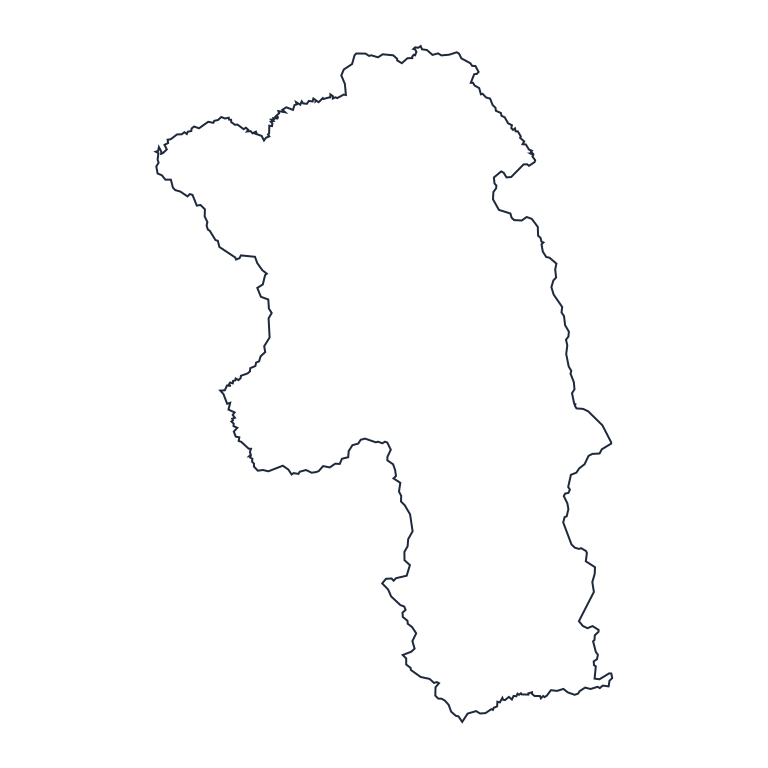 outline of Omkoi, Chiang Mai, Thailand
{"feature_id": "78962969B68352553726787", "entity_name": "Omkoi", "entity_type": "district", "adm_level": 2, "iso_a3": "THA", "parent_name": "Thailand", "parent_adm1": "Chiang Mai", "projection": "albers", "projection_center": [98.302, 17.645], "detail": "fine", "context": "isolated", "style": "outline", "palette": "slate", "viewbox_px": 768, "rotation_deg": 0, "n_neighbors": 0, "source": "geoboundaries", "source_scale": "gbopen_adm2", "svg_char_len": 6066}
<svg xmlns="http://www.w3.org/2000/svg" viewBox="0 0 768 768"><path d="M534.6,162.1L535.2,160.2L532.5,156.6L533.3,155.0L530.3,153.4L532.4,153.2L531.0,151.8L531.9,150.8L528.9,149.5L525.9,144.5L522.6,144.2L524.2,141.4L520.1,137.8L520.8,136.4L517.8,131.4L515.6,131.3L515.0,128.4L513.0,129.9L511.3,128.1L511.9,125.2L508.1,123.3L504.7,117.3L501.5,115.8L500.9,113.0L495.9,110.8L495.5,107.8L492.6,105.0L490.1,98.6L486.1,97.5L482.6,93.8L480.9,94.3L479.2,88.1L474.6,85.5L473.0,82.8L470.8,82.8L474.2,74.2L476.8,73.9L478.6,71.9L475.4,66.0L472.2,65.9L470.3,63.2L461.4,58.4L459.0,53.6L456.7,52.3L449.2,54.7L441.4,55.4L438.1,53.4L432.5,54.9L426.9,50.0L422.0,49.3L420.7,46.1L418.1,47.8L415.2,47.3L413.4,49.0L415.2,49.5L416.4,51.9L415.1,55.3L413.7,54.8L412.2,56.7L412.3,58.1L407.5,58.2L401.8,63.2L397.2,60.4L397.1,58.8L393.2,55.3L382.7,54.3L378.0,57.3L371.3,55.3L369.0,55.9L365.5,53.6L356.2,53.5L354.5,55.4L352.1,64.0L343.8,69.5L341.3,75.4L344.9,84.0L345.9,95.0L343.7,94.6L337.2,98.1L335.5,97.3L332.9,98.5L332.9,96.2L330.4,94.4L330.3,98.2L329.9,97.2L323.4,99.0L322.8,98.1L318.6,102.2L316.3,100.7L315.5,101.4L315.6,100.0L313.4,98.5L312.6,101.5L308.9,100.9L306.9,103.8L303.1,103.4L301.7,101.4L300.3,104.7L296.0,102.1L296.8,104.4L294.5,105.1L293.0,109.9L286.3,107.3L282.4,109.8L285.2,112.3L278.4,111.1L279.1,113.3L275.7,116.4L277.9,117.2L277.4,118.5L273.4,118.1L273.8,119.4L271.4,119.6L273.3,121.1L270.8,121.7L272.4,123.6L272.0,126.1L269.3,125.7L269.1,133.4L268.0,134.4L269.3,136.4L266.0,137.7L264.0,140.5L261.6,135.9L255.4,133.7L256.4,133.0L255.9,131.6L252.5,133.3L250.6,131.1L247.0,131.5L248.2,129.8L245.9,127.7L243.7,129.2L237.5,124.6L235.0,124.8L231.3,122.2L231.1,119.8L229.1,119.6L228.7,117.7L225.0,118.5L221.3,117.0L218.0,120.0L214.3,120.8L213.3,122.8L208.2,121.8L199.0,128.3L194.1,126.5L191.6,128.5L191.3,131.0L187.8,131.7L186.8,134.0L184.4,132.2L181.7,134.3L177.1,134.4L170.6,139.3L167.6,139.7L168.1,143.0L164.5,144.9L166.8,149.4L162.8,153.2L161.1,153.8L161.4,151.9L158.9,147.1L158.1,151.0L155.8,151.7L158.4,153.2L157.6,159.6L158.6,162.7L156.3,166.5L157.6,173.5L161.9,175.3L165.4,179.7L170.9,179.7L172.9,187.6L175.2,190.1L180.2,191.5L187.5,196.4L189.8,194.1L192.5,194.9L196.8,205.6L200.5,205.0L204.9,209.3L204.7,216.5L207.4,222.1L206.6,225.4L207.8,229.5L209.8,230.8L215.5,240.1L217.8,240.8L219.4,247.0L235.3,257.5L236.0,259.5L239.5,258.2L240.9,255.4L255.0,256.8L257.2,263.0L262.3,270.2L266.8,273.7L265.1,275.1L262.8,284.5L257.3,287.9L260.9,296.8L268.3,299.5L268.9,308.6L271.7,313.0L268.6,318.3L269.6,337.5L264.2,346.2L265.2,352.1L260.6,356.3L259.1,361.3L256.1,362.6L255.4,366.0L250.2,368.2L250.0,371.3L247.6,373.4L240.9,375.8L240.6,378.2L238.5,380.1L235.7,378.5L235.3,380.4L233.1,380.9L232.8,383.3L230.2,382.5L228.8,384.6L230.7,385.9L227.0,385.5L224.8,390.3L220.3,390.6L223.4,394.0L227.2,403.8L230.2,402.8L228.5,409.6L234.6,412.4L232.7,414.9L234.9,417.8L232.2,418.7L233.0,420.3L231.4,421.5L233.7,423.6L233.5,426.1L237.3,427.8L233.8,431.6L235.7,436.6L239.3,437.3L238.7,441.0L241.2,441.8L248.7,448.7L251.0,448.8L249.9,452.0L250.8,454.6L249.1,456.3L250.6,456.2L250.2,457.5L252.4,458.8L252.0,461.5L254.0,463.7L253.9,466.5L257.8,470.7L262.9,470.0L268.4,471.3L282.8,465.7L288.4,469.6L291.6,474.5L293.6,473.1L298.4,473.9L299.8,471.7L306.0,470.0L311.6,472.7L316.0,472.1L318.7,471.1L323.1,466.1L329.8,467.4L335.2,463.7L339.8,463.9L341.9,458.8L348.2,457.2L348.7,451.1L352.4,445.2L358.2,443.6L360.7,439.8L365.0,438.6L375.8,442.3L378.1,441.7L382.3,443.3L385.0,441.7L387.3,442.6L390.8,449.7L387.4,456.9L387.4,460.4L393.1,464.3L395.1,470.0L396.0,476.0L393.5,478.4L400.3,482.8L399.0,491.6L401.2,495.9L401.0,501.5L404.7,505.2L410.1,514.4L412.6,531.3L408.2,539.1L407.6,546.3L404.4,551.9L404.5,560.2L409.9,565.1L406.7,575.7L396.0,578.2L393.6,580.7L391.6,578.5L386.0,578.8L382.2,583.4L388.2,589.6L391.1,596.4L400.4,605.1L404.2,606.5L405.6,609.9L402.5,612.6L402.8,617.0L407.5,620.8L407.7,623.7L412.1,627.1L416.2,633.3L412.4,641.1L414.6,648.6L411.3,651.7L402.7,655.0L406.2,658.4L406.2,664.5L410.6,667.9L410.9,670.0L420.7,677.0L429.6,678.9L434.0,682.9L436.9,682.1L439.0,683.2L435.5,687.3L435.3,695.6L438.2,698.6L441.6,698.7L445.0,700.7L448.7,704.9L451.1,711.6L455.8,715.8L458.4,716.3L462.2,721.9L467.6,713.6L476.1,711.1L480.1,713.5L485.5,713.1L491.4,709.1L492.9,709.9L493.7,707.8L497.1,706.4L497.4,701.7L499.9,702.4L502.4,697.8L503.1,699.7L505.0,700.1L508.9,696.9L511.9,699.5L513.6,695.9L516.3,696.3L517.5,693.7L519.0,694.8L520.9,693.3L521.6,694.4L528.4,694.6L528.4,693.3L532.0,692.3L532.0,693.9L534.6,696.0L539.9,696.0L540.9,698.3L543.1,696.0L544.5,697.1L546.8,695.7L550.9,690.2L557.1,690.9L563.4,688.9L567.8,692.4L574.7,694.8L578.1,693.6L579.7,691.1L585.1,687.6L590.5,689.0L597.7,686.8L599.8,688.1L602.7,685.6L608.6,686.4L609.5,680.7L612.2,678.1L611.3,673.5L609.1,673.4L599.4,679.3L594.6,678.6L595.8,666.3L594.0,665.2L593.7,661.4L597.0,659.2L597.9,654.8L595.8,651.9L593.1,641.3L594.5,639.9L594.8,635.3L598.5,631.8L598.6,629.9L592.5,626.1L587.5,628.2L582.9,626.0L578.9,621.2L593.9,591.9L592.3,582.1L594.7,573.9L595.0,567.2L585.8,561.3L586.9,553.1L586.1,551.1L581.3,548.2L578.9,548.9L574.9,547.7L571.5,544.5L563.2,522.4L564.6,517.1L566.7,516.3L568.4,509.1L567.4,503.5L563.8,496.1L565.1,493.6L568.4,492.9L569.9,489.7L568.2,486.9L570.9,474.8L576.3,472.7L579.3,468.3L584.6,464.2L588.5,455.9L592.4,453.9L599.6,453.5L601.8,449.3L611.2,443.6L611.2,442.4L602.4,425.3L588.2,411.3L583.1,408.9L576.5,408.4L574.9,405.8L575.4,404.2L574.2,403.8L572.0,393.2L574.5,389.3L573.8,382.0L570.5,373.6L571.3,370.9L568.7,366.5L566.2,354.0L567.3,345.4L566.0,339.7L568.4,336.6L568.9,331.7L565.1,325.2L564.0,316.1L561.5,312.4L562.2,307.0L553.6,294.5L551.4,287.1L553.4,280.4L556.1,277.5L555.2,269.4L556.4,263.6L549.5,257.7L546.2,257.0L542.8,251.6L541.5,244.3L543.4,242.5L541.4,241.5L540.5,237.8L538.1,235.7L537.8,226.9L531.8,218.9L526.7,217.0L521.7,220.5L514.1,220.1L511.6,217.7L510.4,213.5L498.9,209.9L493.0,199.3L493.4,192.0L496.1,188.3L496.4,185.6L494.5,183.5L493.9,177.5L501.2,171.4L503.7,172.8L506.5,177.4L511.2,177.0L523.6,164.4L527.2,164.3L529.0,165.8L534.6,162.1Z" fill="none" stroke="#1e293b" stroke-width="2"/></svg>